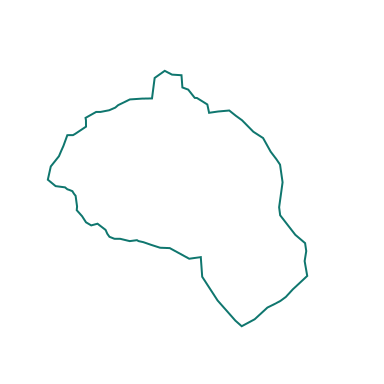 the district of Xairxandulaan, Övörhangay, Mongolia, rotated 294°
{"feature_id": "93677404B8353110433001", "entity_name": "Xairxandulaan", "entity_type": "district", "adm_level": 2, "iso_a3": "MNG", "parent_name": "Mongolia", "parent_adm1": "Övörhangay", "projection": "equal_earth", "projection_center": [102.066, 45.837], "detail": "fine", "context": "isolated", "style": "outline", "palette": "teal", "viewbox_px": 384, "rotation_deg": 294, "n_neighbors": 0, "source": "geoboundaries", "source_scale": "gbopen_adm2", "svg_char_len": 1168}
<svg xmlns="http://www.w3.org/2000/svg" viewBox="0 0 384 384"><g transform="rotate(294 192 192)"><path d="M134.3,320.4L144.1,323.7L162.2,331.4L174.7,323.0L184.5,320.4L191.3,316.1L194.9,303.8L206.6,282.0L213.5,277.8L237.7,270.8L252.8,261.3L256.3,255.7L260.8,247.5L270.2,235.0L272.0,223.5L277.9,208.5L279.5,200.9L281.6,192.9L276.1,183.0L271.3,175.4L278.2,170.4L279.9,158.3L279.1,156.2L284.0,146.9L283.6,140.7L294.4,134.9L291.1,126.0L291.6,117.8L281.0,111.5L261.2,117.4L257.0,108.4L251.3,97.6L241.3,89.2L237.9,87.6L233.0,83.1L227.9,75.8L226.2,71.9L216.4,64.6L214.5,65.9L208.6,68.6L197.7,61.7L195.6,60.2L193.2,55.0L181.7,55.8L176.1,55.8L170.6,55.9L157.9,52.6L144.6,55.3L141.9,65.0L144.2,72.8L144.6,74.1L143.8,77.0L144.0,79.1L144.1,82.4L143.3,83.5L142.2,85.2L141.2,87.2L132.0,92.9L128.5,94.1L125.2,101.4L121.2,107.5L120.5,113.5L124.6,118.6L122.2,128.5L119.4,131.6L117.5,134.8L117.7,140.1L120.0,145.3L121.8,155.1L125.6,161.3L125.4,163.1L126.4,168.0L127.1,176.2L128.1,185.5L131.7,194.5L129.9,216.6L136.1,226.5L118.7,235.8L103.3,259.5L92.1,284.0L89.6,292.0L101.2,301.0L117.1,307.9L123.5,313.2L128.5,317.1L134.3,320.4Z" fill="none" stroke="#0f766e" stroke-width="2"/></g></svg>